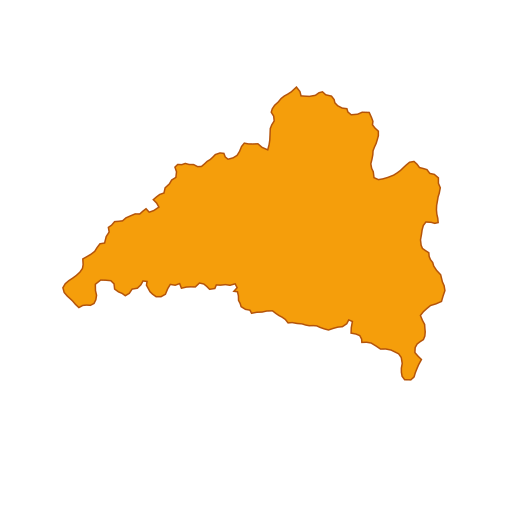 the district of Alpinópolis, Minas Gerais, Brazil, rotated 257°
{"feature_id": "56859067B92353622671718", "entity_name": "Alpinópolis", "entity_type": "district", "adm_level": 2, "iso_a3": "BRA", "parent_name": "Brazil", "parent_adm1": "Minas Gerais", "projection": "albers", "projection_center": [-46.38, -20.827], "detail": "fine", "context": "isolated", "style": "filled", "palette": "amber", "viewbox_px": 512, "rotation_deg": 257, "n_neighbors": 0, "source": "geoboundaries", "source_scale": "gbopen_adm2", "svg_char_len": 3731}
<svg xmlns="http://www.w3.org/2000/svg" viewBox="0 0 512 512"><g transform="rotate(257 256 256)"><path d="M292.1,86.6L286.4,85.6L282.9,84.1L279.9,80.8L277.4,76.4L275.6,72.2L274.1,68.1L271.9,63.9L268.5,60.7L263.6,60.9L259.4,63.1L256.4,65.2L253.4,67.2L249.5,69.2L245.6,71.8L246.8,76.1L246.3,79.9L245.2,83.6L246.2,87.5L249.4,90.1L253.6,91.8L258.4,91.8L264.6,93.1L267.5,99.2L266.3,103.9L264.6,109.0L260.8,111.4L255.6,110.8L252.0,113.9L249.7,117.1L246.7,119.7L248.1,124.1L251.6,127.8L251.3,133.2L253.8,137.3L257.1,140.3L255.7,144.1L252.2,142.7L248.6,143.7L245.0,144.7L242.1,146.6L238.8,149.5L237.7,154.3L239.1,159.1L244.1,162.7L247.6,166.1L245.7,170.7L246.3,175.4L241.4,176.1L241.4,181.1L240.7,185.2L239.5,189.9L242.4,194.8L240.5,198.8L237.7,201.0L234.0,203.3L233.6,208.6L236.7,210.8L235.6,214.8L235.0,219.8L233.3,224.1L233.6,229.4L229.4,230.5L226.6,226.5L225.3,229.9L221.1,229.9L216.7,229.0L213.2,229.9L210.0,230.1L206.4,233.7L204.6,237.9L201.2,238.8L201.0,244.1L200.0,249.4L200.0,253.9L198.9,259.7L195.6,262.4L192.8,265.0L190.5,267.7L187.6,270.3L183.6,272.2L183.0,276.3L181.0,280.9L179.5,285.6L177.6,288.8L176.1,292.2L175.3,296.1L174.3,299.4L172.0,302.4L169.7,306.0L167.6,310.0L168.1,315.1L168.3,319.7L167.7,324.3L169.6,329.2L172.9,332.0L170.5,335.2L164.7,332.7L159.5,331.3L157.5,335.8L155.1,339.2L151.3,340.2L148.0,339.7L147.1,344.3L145.3,348.6L141.2,352.8L137.3,356.4L136.2,361.5L134.0,366.4L131.4,369.6L128.6,373.0L124.4,374.7L118.4,374.3L114.0,372.4L110.0,371.5L105.9,371.3L102.0,373.0L100.5,379.0L102.6,382.8L106.3,384.9L109.8,387.3L113.5,390.0L117.9,393.9L122.0,391.3L126.2,389.1L131.0,390.5L134.0,393.2L135.5,396.4L136.9,400.3L140.0,402.5L144.0,403.8L147.7,404.3L151.4,404.9L155.8,403.7L161.1,402.8L164.1,406.6L166.4,410.7L168.5,414.9L168.9,420.7L170.0,426.5L175.0,429.3L179.8,432.3L184.7,432.6L188.9,431.8L196.2,431.7L201.4,428.7L206.2,426.9L209.9,426.7L213.1,425.2L216.6,424.6L220.3,425.1L223.3,422.2L225.9,419.9L229.3,419.3L234.7,419.9L240.1,422.2L244.0,423.7L248.1,425.9L250.9,429.2L249.4,434.3L247.6,437.5L247.6,441.0L251.9,441.6L256.1,441.6L260.4,442.2L264.7,443.4L269.4,445.4L272.6,446.7L275.8,448.6L281.0,450.9L285.8,450.1L291.1,451.3L295.4,448.1L297.4,443.9L301.7,442.0L303.6,438.7L305.4,435.2L309.3,433.5L312.6,431.2L312.8,426.7L311.0,423.1L309.3,420.1L306.8,415.9L305.2,412.2L303.8,408.2L302.9,402.0L302.6,396.7L302.9,392.4L305.8,388.6L311.7,389.2L315.3,388.4L320.0,388.6L324.1,390.7L328.4,392.6L332.2,393.7L335.6,396.0L338.7,398.4L342.0,400.3L345.7,402.3L350.1,403.3L353.9,400.7L357.6,399.0L360.9,400.2L364.9,399.7L370.4,398.6L372.2,391.8L371.3,386.9L372.2,380.5L375.7,377.9L379.1,377.7L380.7,373.3L384.0,369.4L387.6,367.3L390.9,367.3L394.8,365.5L397.4,360.2L401.0,357.7L400.9,354.1L399.2,350.0L399.5,343.9L400.8,339.4L401.9,335.9L406.3,335.8L411.5,333.4L408.0,327.3L406.6,323.4L405.5,319.5L403.8,315.9L401.0,312.3L398.7,308.1L395.8,305.0L392.7,303.2L388.3,304.7L383.5,304.1L380.3,300.9L377.0,298.6L370.8,296.9L366.1,295.6L361.5,293.8L356.8,291.3L360.5,286.3L364.9,283.1L365.8,278.3L366.9,273.8L368.6,270.0L366.0,266.6L361.6,263.5L358.3,260.2L356.8,255.8L356.6,250.5L359.4,248.3L363.2,247.8L364.5,244.1L364.0,239.2L362.0,236.1L360.3,233.1L359.2,229.7L357.3,226.5L355.5,223.0L356.2,219.2L359.1,215.8L360.2,211.4L362.1,207.9L361.7,204.2L362.8,200.3L360.8,197.0L355.9,197.5L350.6,195.6L349.0,190.9L345.7,187.8L342.9,182.8L338.1,180.5L337.6,176.0L336.0,172.4L334.0,168.6L329.9,171.1L325.5,172.4L323.3,166.7L322.7,161.8L326.8,159.5L325.0,155.6L323.1,152.2L324.2,147.7L323.4,143.0L322.4,137.8L320.3,133.9L320.7,130.1L321.3,126.0L318.5,122.2L317.1,118.6L312.4,118.3L308.6,114.4L302.7,111.4L303.0,106.7L300.0,103.1L296.8,99.9L294.9,95.8L293.3,90.7L292.1,86.6Z" fill="#f59e0b" stroke="#b45309" stroke-width="1.5"/></g></svg>